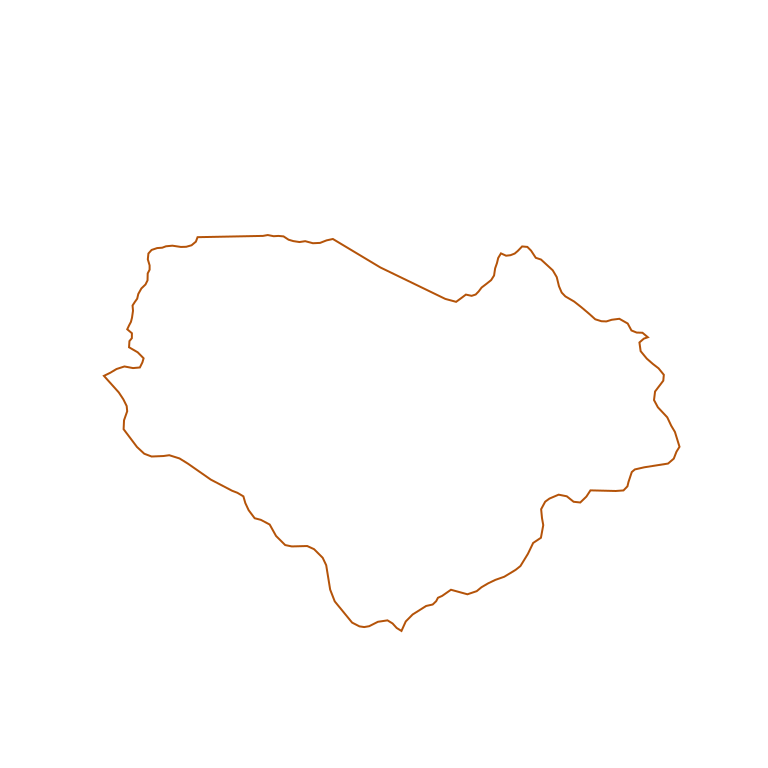 outline of Inaciolândia, Goiás, Brazil, rotated 314°
{"feature_id": "56859067B27733338584943", "entity_name": "Inaciolândia", "entity_type": "district", "adm_level": 2, "iso_a3": "BRA", "parent_name": "Brazil", "parent_adm1": "Goiás", "projection": "equal_earth", "projection_center": [-49.906, -18.499], "detail": "fine", "context": "isolated", "style": "outline", "palette": "amber", "viewbox_px": 768, "rotation_deg": 314, "n_neighbors": 0, "source": "geoboundaries", "source_scale": "gbopen_adm2", "svg_char_len": 2482}
<svg xmlns="http://www.w3.org/2000/svg" viewBox="0 0 768 768"><g transform="rotate(314 384 384)"><path d="M531.6,644.3L538.5,641.4L544.1,640.2L551.6,626.6L553.5,619.6L556.8,610.9L557.5,597.2L560.0,589.4L566.9,584.2L580.4,582.6L585.0,578.9L586.0,570.6L585.2,563.5L584.8,555.4L585.9,545.8L591.3,538.9L597.1,539.4L600.9,541.3L600.4,534.3L596.5,530.0L594.4,524.8L596.8,517.3L594.4,508.0L588.4,503.2L583.5,500.5L580.2,496.8L577.3,491.0L577.0,482.8L576.3,472.4L575.4,463.5L573.0,453.6L573.2,448.3L575.9,441.9L580.9,434.0L583.0,426.4L582.8,418.4L582.6,410.5L580.2,405.5L582.1,397.1L582.2,391.9L578.9,387.8L572.6,387.8L568.6,387.4L564.5,385.5L561.1,382.7L559.2,377.4L554.0,378.6L549.4,381.3L544.4,383.6L538.5,387.8L533.2,388.9L527.1,388.1L521.2,387.2L516.3,387.8L512.1,387.8L508.3,385.8L505.2,380.8L499.5,379.9L493.2,378.8L487.8,369.0L465.3,300.4L452.8,246.5L447.4,242.9L441.1,240.0L435.9,235.1L432.0,228.1L427.4,224.6L423.8,219.5L421.5,215.1L420.4,209.2L417.2,205.2L413.7,202.0L410.4,196.9L406.5,194.1L360.1,147.9L355.7,149.8L350.1,149.2L345.3,146.4L341.5,142.7L336.5,135.7L331.6,131.5L328.0,129.8L324.2,126.4L319.0,123.7L314.2,123.9L309.6,127.5L306.5,133.0L303.4,136.0L299.4,137.2L294.3,141.9L289.9,143.3L284.2,143.1L278.1,144.7L273.9,147.2L269.8,147.8L265.8,148.6L262.3,152.6L256.6,156.7L252.9,158.8L249.1,159.9L245.0,161.3L245.4,167.4L241.8,170.8L238.0,171.1L233.3,175.1L235.7,184.8L235.5,193.2L231.7,195.2L226.3,196.9L221.1,192.4L216.3,185.1L209.0,181.2L201.7,179.2L195.3,176.9L193.7,199.1L191.9,207.2L189.4,214.2L186.0,218.2L177.3,222.2L170.6,228.1L167.1,250.1L167.3,260.0L170.4,267.2L179.0,275.4L183.6,279.0L188.4,288.6L190.5,298.3L194.9,325.8L201.7,348.9L203.9,354.1L205.5,360.9L202.0,367.0L199.2,374.3L197.6,384.2L200.7,389.7L203.5,399.4L199.7,411.9L199.5,424.8L203.1,430.5L214.1,441.3L216.6,448.4L216.4,460.6L213.5,468.3L198.7,488.1L193.4,499.6L190.2,526.8L192.6,534.7L195.4,538.6L199.5,541.6L208.7,544.8L216.4,550.7L217.7,556.5L217.3,562.6L218.5,568.1L228.3,564.6L238.1,564.7L253.6,568.5L259.2,572.2L264.0,572.4L267.7,571.3L271.9,573.0L282.5,575.1L290.7,590.1L299.4,594.6L305.5,595.3L313.0,597.4L320.5,600.2L328.9,604.4L341.8,607.8L347.8,608.6L361.8,605.5L373.3,601.7L382.4,603.7L393.1,596.6L397.3,590.8L403.1,584.0L411.3,581.7L416.5,582.6L425.7,586.5L430.2,593.5L431.0,602.2L435.1,607.5L443.6,607.8L450.9,606.4L468.0,625.0L473.8,630.2L479.5,630.2L483.4,627.9L492.8,623.4L496.8,623.8L504.9,629.1L524.1,643.6L531.6,644.3Z" fill="none" stroke="#b45309" stroke-width="2"/></g></svg>